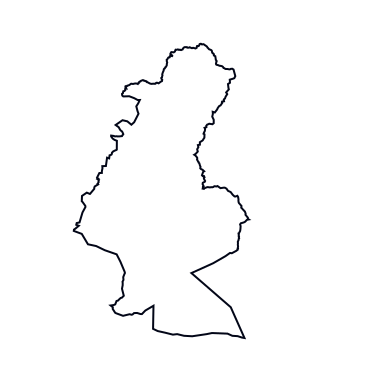 Santa María Tlahuitoltepec, Oaxaca, Mexico (Natural Earth projection), rotated 111°
{"feature_id": "50627088B87126124877298", "entity_name": "Santa María Tlahuitoltepec", "entity_type": "district", "adm_level": 2, "iso_a3": "MEX", "parent_name": "Mexico", "parent_adm1": "Oaxaca", "projection": "natural_earth1", "projection_center": [-96.099, 17.126], "detail": "fine", "context": "isolated", "style": "outline", "palette": "ink", "viewbox_px": 384, "rotation_deg": 111, "n_neighbors": 0, "source": "geoboundaries", "source_scale": "gbopen_adm2", "svg_char_len": 5977}
<svg xmlns="http://www.w3.org/2000/svg" viewBox="0 0 384 384"><g transform="rotate(111 192 192)"><path d="M116.9,291.8L117.2,292.0L118.9,290.4L119.1,291.4L120.1,291.2L120.7,290.8L122.0,291.3L122.5,292.2L123.7,292.1L124.4,291.9L125.5,292.5L126.5,292.0L127.1,291.4L127.4,290.4L125.1,284.9L125.1,282.3L125.1,279.6L125.6,275.6L124.8,273.7L128.6,274.0L132.0,274.7L135.9,271.9L138.1,270.0L147.6,271.0L150.9,272.7L149.2,277.7L149.9,282.6L156.8,287.3L157.8,283.6L159.1,282.1L160.0,280.9L160.6,278.9L161.2,278.3L162.2,277.2L162.9,276.8L163.9,277.3L164.9,277.4L166.2,279.9L166.8,281.4L166.9,282.2L167.7,283.8L167.7,285.1L168.3,287.7L169.0,287.5L169.8,286.4L170.6,285.0L171.1,283.0L171.1,280.5L179.4,277.4L180.0,277.8L180.7,278.6L182.3,280.1L184.0,280.8L185.2,280.5L186.0,280.6L187.3,282.1L190.3,281.4L190.4,283.6L198.6,281.7L200.0,285.0L201.9,284.1L204.9,283.6L206.5,283.0L207.5,285.3L212.7,285.8L213.1,285.1L213.1,284.6L213.8,285.0L214.1,283.2L214.9,283.3L215.6,283.1L216.1,282.7L216.6,282.9L217.7,282.8L218.3,283.1L218.6,282.4L221.7,284.8L222.9,284.8L224.1,284.4L229.0,286.1L230.1,286.4L230.4,286.6L230.3,290.0L235.1,293.3L240.1,291.6L240.6,290.5L243.2,286.6L244.2,286.1L250.3,286.9L260.7,286.1L262.3,288.5L264.1,288.3L264.1,285.6L267.9,287.7L269.4,288.7L270.7,288.4L270.6,279.9L278.1,270.4L276.8,262.1L277.6,252.5L277.2,240.0L282.8,233.8L290.5,226.4L291.6,225.6L293.4,225.7L296.1,225.7L298.6,224.5L300.8,224.7L301.5,224.2L303.9,223.3L307.4,222.7L313.3,218.5L315.8,219.6L316.5,220.6L318.5,221.6L319.8,222.1L320.8,223.4L324.4,223.4L325.6,224.6L327.1,227.3L328.0,224.6L329.6,224.1L332.3,220.4L332.4,219.4L332.3,212.0L328.5,206.5L328.2,204.3L327.6,203.6L325.8,202.7L324.6,199.9L324.4,196.4L323.9,195.0L319.4,193.1L312.0,187.2L333.7,179.3L334.1,174.2L333.0,166.8L332.0,158.7L330.0,154.9L329.1,147.9L326.6,140.1L319.5,127.5L316.5,122.8L311.5,108.1L311.8,102.8L310.2,97.7L310.0,93.2L309.5,90.7L285.7,114.5L267.9,163.5L250.9,146.7L239.8,137.7L235.3,134.7L234.9,132.9L231.1,129.6L229.6,128.7L229.0,129.1L228.4,128.7L227.9,128.9L227.5,129.3L226.2,129.5L224.9,130.3L223.7,130.6L222.0,131.4L220.0,131.3L219.3,131.6L218.3,131.4L217.8,131.9L216.8,132.1L216.4,132.7L215.3,132.8L214.5,133.5L214.1,133.4L213.9,133.6L213.7,133.4L211.1,133.1L209.3,133.5L206.4,134.4L205.0,135.5L203.7,135.2L201.9,132.8L200.8,131.8L198.2,130.7L197.3,129.2L197.1,130.1L196.0,130.6L194.1,133.9L193.1,134.1L192.7,134.4L191.2,135.7L191.0,136.4L190.6,137.0L190.1,138.2L189.4,139.4L189.0,140.4L187.3,140.8L185.5,144.2L185.0,144.7L183.6,145.5L182.1,146.0L180.1,147.2L179.3,148.3L180.6,149.7L180.9,150.7L180.0,153.0L178.2,155.9L178.0,158.8L176.5,161.0L176.2,162.9L176.5,163.8L178.2,166.8L177.3,170.3L178.0,171.0L178.6,173.2L179.7,173.9L180.4,174.9L180.6,175.8L181.3,176.9L181.8,179.1L182.4,180.0L184.0,181.7L184.8,182.0L185.0,183.2L184.7,183.2L183.1,183.7L182.4,183.2L180.9,184.9L180.2,185.1L179.5,185.2L177.8,183.7L177.0,183.7L176.1,184.8L175.8,185.0L175.4,185.6L174.5,186.0L173.8,185.6L172.8,186.6L173.3,187.7L172.8,188.7L169.1,188.8L168.3,188.1L167.5,190.1L167.3,192.0L166.9,192.8L165.4,193.1L164.4,194.1L162.6,195.4L162.3,196.2L161.7,196.5L161.6,197.0L160.4,198.3L160.0,198.9L159.5,198.9L158.2,199.4L157.5,200.4L156.6,202.2L156.4,203.2L155.2,202.3L152.2,201.1L150.2,202.5L147.9,202.1L146.1,203.3L145.0,201.6L142.7,202.5L141.1,201.3L140.1,200.6L139.5,200.4L138.5,200.3L136.9,199.9L133.7,201.0L133.5,202.1L132.2,202.1L130.3,201.9L128.4,202.4L127.6,203.3L126.3,201.8L125.6,202.1L125.2,202.4L123.7,202.0L122.8,201.0L122.1,200.4L121.4,197.2L120.0,196.4L116.8,197.6L114.4,200.1L111.6,200.5L109.7,201.4L109.6,199.2L105.9,198.1L104.7,198.1L102.2,197.5L100.9,196.4L98.0,195.7L97.5,196.3L96.8,196.3L95.8,194.6L94.5,195.4L93.5,195.2L92.9,194.7L91.0,194.8L88.0,194.2L86.8,195.8L83.0,194.4L81.7,195.3L78.3,197.1L76.4,195.7L73.6,197.0L71.5,194.3L70.6,193.3L68.3,193.1L62.8,197.1L62.5,198.6L63.2,200.0L63.7,200.3L64.1,201.0L64.5,203.1L65.1,204.6L65.1,205.1L64.8,206.5L64.9,207.0L64.2,207.8L64.0,208.3L63.8,209.1L64.0,210.5L64.3,211.6L64.2,213.0L64.4,214.2L64.3,215.1L63.7,215.6L62.6,215.7L62.0,216.0L61.5,215.8L61.2,215.8L60.8,216.0L60.1,217.1L56.9,218.9L56.7,220.5L55.6,220.9L55.2,221.4L55.1,222.3L54.9,222.4L54.9,222.7L54.5,223.2L53.1,224.1L52.8,224.5L52.6,225.2L52.6,227.3L51.8,228.7L51.7,229.2L50.9,230.1L50.4,231.9L50.3,232.7L50.1,233.1L49.9,234.1L50.0,234.6L50.5,235.2L50.7,235.6L50.4,236.5L50.5,237.0L51.0,237.7L51.3,237.9L52.5,237.8L53.1,238.0L53.5,238.3L53.7,238.9L53.7,239.3L53.9,239.6L54.5,239.6L55.7,239.3L56.7,240.1L57.0,242.7L57.7,243.5L57.8,243.9L57.7,246.0L58.2,246.4L58.5,246.9L58.7,247.6L58.9,248.0L58.9,248.3L58.6,248.6L58.6,248.8L58.8,249.1L59.3,250.6L59.7,251.1L61.1,251.8L61.6,251.9L62.2,251.8L63.4,253.0L63.5,253.4L63.4,253.9L63.6,254.2L63.6,254.6L64.0,255.1L64.0,255.5L63.9,255.8L64.0,256.4L64.7,257.2L64.9,257.8L64.9,258.2L65.0,258.3L65.8,258.4L66.5,258.3L67.0,258.3L68.2,259.1L68.4,260.2L68.9,261.1L68.8,261.3L69.1,261.6L69.6,261.5L70.2,261.7L71.0,261.7L71.4,261.1L71.5,260.1L71.6,259.5L71.9,259.2L72.3,259.3L72.4,260.2L73.0,261.3L73.5,261.4L74.1,261.1L74.4,261.2L74.5,261.6L74.9,262.2L75.4,262.4L76.9,262.6L77.6,263.0L77.8,263.0L78.5,262.5L79.0,262.4L79.9,261.6L81.7,261.4L82.4,261.0L83.2,261.0L84.9,261.3L85.1,261.6L85.9,261.6L86.2,261.8L86.5,261.8L86.6,262.0L87.4,262.3L88.0,262.2L88.7,262.0L89.8,262.0L90.4,262.1L92.4,262.0L93.2,261.8L93.6,261.4L95.0,261.3L95.7,261.1L96.5,261.3L96.7,261.5L97.4,260.9L97.9,260.0L99.3,259.8L100.2,260.7L102.5,262.1L102.5,263.9L103.0,264.6L103.6,264.7L104.2,265.2L104.3,265.8L104.5,266.0L104.7,266.8L105.6,268.6L105.8,270.0L105.7,271.0L105.4,273.2L105.6,273.5L105.5,273.9L105.0,274.2L105.1,275.7L105.3,276.2L105.1,276.8L105.3,277.1L105.1,277.9L106.5,279.5L106.9,279.7L107.2,279.7L107.5,279.9L107.7,280.4L108.4,280.8L109.0,281.0L109.4,280.7L109.7,280.8L110.1,281.2L110.6,281.3L110.5,282.2L110.9,283.6L111.3,284.4L112.3,285.8L112.6,287.2L112.8,287.7L114.5,288.8L115.3,289.6L115.9,290.5L116.4,290.6L116.6,290.9L116.9,291.8Z" fill="none" stroke="#020617" stroke-width="2"/></g></svg>